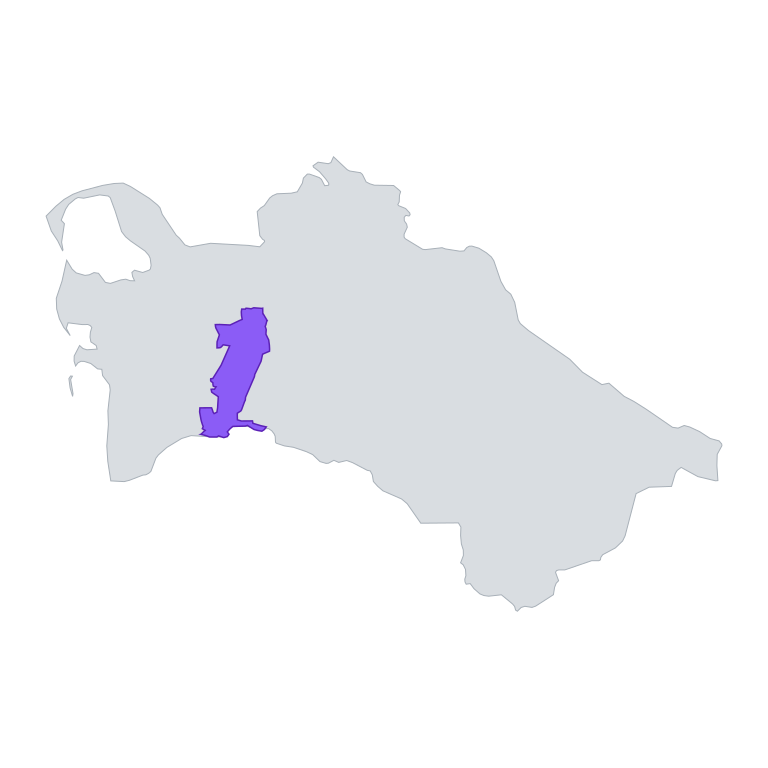 Magtymguly, Balkan, Turkmenistan shown in context
{"feature_id": "10190150B5540422332593", "entity_name": "Magtymguly", "entity_type": "district", "adm_level": 2, "iso_a3": "TKM", "parent_name": "Turkmenistan", "parent_adm1": "Balkan", "projection": "natural_earth1", "projection_center": [56.485, 39.153], "detail": "fine", "context": "in_parent", "style": "filled", "palette": "violet", "viewbox_px": 768, "rotation_deg": 0, "n_neighbors": 0, "source": "geoboundaries", "source_scale": "gbopen_adm2", "svg_char_len": 5342}
<svg xmlns="http://www.w3.org/2000/svg" viewBox="0 0 768 768"><path d="M210.6,243.3L248.3,245.4L259.8,246.8L264.6,241.7L264.4,240.4L262.6,239.3L259.8,235.7L257.2,211.6L260.5,208.1L264.3,205.6L269.7,198.0L272.6,195.7L276.9,193.8L291.2,193.2L297.3,191.8L302.4,183.1L303.4,178.1L307.3,174.1L309.5,174.1L319.3,177.6L321.4,179.3L324.7,185.7L328.4,185.3L328.9,184.2L328.5,182.8L325.7,178.9L319.5,171.7L313.5,167.2L313.0,165.8L318.1,162.2L328.3,163.7L330.9,162.6L333.5,156.8L347.2,169.7L349.7,171.0L360.5,172.7L362.4,174.4L366.1,181.9L369.8,183.8L374.4,185.2L393.6,185.5L399.6,190.5L400.6,191.7L399.5,195.2L399.2,201.9L397.8,204.6L398.7,205.7L405.6,208.5L409.7,212.9L410.1,214.7L409.0,216.0L405.8,215.4L404.2,217.3L404.3,220.8L406.6,224.1L407.3,227.2L404.1,234.2L404.1,237.1L405.2,238.7L422.6,249.3L425.4,249.6L442.1,247.7L445.3,248.9L459.9,251.2L464.0,250.9L466.8,247.5L469.4,246.2L471.9,246.1L478.9,248.2L486.4,252.8L491.3,256.9L493.8,260.7L500.9,281.4L505.6,289.8L510.8,294.2L514.7,302.3L518.2,319.9L520.3,323.6L528.4,330.5L569.8,359.3L582.5,372.2L601.9,384.6L608.9,383.2L624.2,396.4L633.8,401.4L646.3,409.3L672.5,427.3L678.1,428.1L684.2,425.5L689.7,427.0L699.6,431.6L710.2,438.5L719.1,440.9L721.7,444.0L721.9,445.7L717.2,454.4L716.9,465.6L717.9,480.6L715.5,480.8L697.9,476.6L681.1,467.4L677.2,470.4L675.3,473.5L671.5,486.4L649.1,487.2L636.1,493.6L625.1,535.8L622.6,541.0L615.4,547.9L602.7,554.7L600.8,557.4L600.4,559.9L598.8,560.7L591.7,560.7L564.8,569.9L558.8,569.9L556.5,570.6L555.5,572.3L558.6,580.7L556.2,583.2L554.6,587.3L553.4,594.7L535.7,606.1L532.0,607.4L524.8,606.3L521.1,607.5L517.4,611.2L515.6,610.1L514.6,606.4L512.6,604.0L501.4,594.8L488.6,596.2L483.8,595.5L479.9,593.9L474.0,588.7L470.2,583.6L466.2,584.2L465.0,581.9L464.8,579.1L465.9,575.7L465.5,569.4L463.2,564.8L460.6,562.8L463.4,555.5L463.3,550.0L461.4,544.0L460.6,535.5L460.9,527.1L458.4,522.9L420.8,523.2L407.2,503.7L401.6,499.0L382.9,490.8L377.7,486.3L373.4,481.5L372.3,474.8L370.2,470.9L367.2,470.3L352.5,462.6L346.7,460.5L338.7,462.4L333.9,460.3L328.4,463.2L326.1,463.4L320.0,461.6L312.7,454.6L306.5,451.7L293.5,447.3L284.4,445.9L276.3,443.2L275.5,442.2L275.2,436.3L274.1,433.8L271.8,430.8L268.6,428.6L254.8,428.8L248.5,426.6L243.5,426.2L232.5,426.7L228.9,428.3L226.9,430.2L225.6,435.9L224.4,436.8L213.7,437.0L191.1,435.6L181.6,438.5L166.9,447.4L158.4,454.9L155.9,458.2L150.9,471.4L148.7,473.3L145.8,474.8L142.9,475.1L129.4,480.3L124.2,481.6L110.8,480.9L107.8,461.4L106.8,445.9L108.4,424.5L107.9,410.8L110.2,389.9L109.5,384.8L102.6,375.6L101.8,369.3L97.6,368.9L90.8,363.5L84.2,361.4L80.9,361.3L77.9,362.9L75.6,366.0L74.1,361.1L74.2,356.0L79.6,345.5L82.9,348.5L86.9,349.8L97.1,349.1L96.2,345.5L90.9,341.9L90.0,337.1L90.4,332.2L91.8,327.5L90.3,325.6L87.9,324.5L82.4,324.6L68.1,322.8L66.3,328.3L70.2,335.6L63.7,327.3L59.4,318.9L56.7,309.0L56.3,298.3L62.0,281.2L66.7,260.2L72.1,269.1L76.2,272.9L85.0,275.4L89.3,274.8L94.0,272.6L98.5,273.3L105.4,282.4L110.4,283.4L120.9,279.9L125.8,279.2L130.1,280.7L134.6,280.8L132.6,276.5L131.9,272.4L134.5,270.2L142.7,272.5L149.2,270.1L150.4,269.0L151.1,265.4L150.2,258.3L148.7,255.2L145.0,251.0L130.5,240.9L125.6,236.8L121.6,231.6L115.1,210.9L110.2,197.6L108.2,196.0L99.7,194.9L83.7,198.2L78.0,197.5L75.3,198.9L68.7,204.4L65.6,209.2L61.2,220.2L64.4,223.7L61.6,242.2L63.0,250.0L62.5,250.6L57.7,240.8L51.3,231.0L46.1,216.1L55.8,206.3L64.1,199.4L72.9,194.3L82.1,190.8L102.7,185.4L114.1,183.5L123.2,183.1L130.3,186.4L149.4,198.4L157.6,205.1L160.0,207.8L162.2,214.3L176.2,235.2L179.5,238.2L184.9,244.9L190.1,246.9L210.6,243.3ZM73.0,393.6L72.6,396.4L70.1,387.9L68.9,378.6L70.6,376.0L72.4,376.2L70.6,379.5L73.0,393.6Z" fill="#d9dde1" stroke="#a8b0b8" stroke-width="1"/><path d="M205.0,430.4L205.1,430.5L203.8,431.5L201.1,434.2L200.8,434.3L205.8,435.6L209.6,437.0L216.9,437.0L218.6,435.9L220.7,436.6L223.8,437.6L227.3,436.6L229.0,434.2L227.3,431.9L229.7,429.1L232.8,426.4L245.3,426.1L247.4,425.4L254.0,429.5L257.8,430.5L261.9,431.2L264.4,429.5L266.3,426.9L260.9,425.7L252.9,423.3L252.5,420.9L241.4,421.0L237.4,419.8L237.4,419.7L237.3,415.4L237.3,413.3L237.3,413.2L240.8,411.0L241.6,409.7L244.7,401.2L244.9,401.0L245.3,400.1L245.4,399.1L245.5,397.5L245.6,397.1L254.2,377.2L254.6,375.9L254.7,374.6L256.6,370.6L259.5,364.5L261.0,361.4L261.4,359.8L262.5,354.5L262.7,354.4L262.7,354.1L269.5,351.2L269.6,349.1L269.4,345.2L268.7,339.9L268.5,339.6L265.9,334.2L266.2,330.0L266.2,329.5L265.2,326.3L265.8,325.0L266.7,321.4L266.7,320.2L267.6,321.3L263.1,313.7L262.9,313.7L262.9,313.3L262.8,313.1L262.7,308.2L261.9,308.4L255.3,307.9L253.9,307.8L253.7,307.8L251.1,308.8L249.0,308.5L246.0,308.2L245.4,309.1L245.2,309.1L241.7,309.1L241.3,311.9L241.5,315.6L242.2,319.4L238.9,320.8L230.1,325.0L219.7,324.5L215.3,324.6L215.5,326.6L215.9,328.1L217.1,330.4L218.6,333.4L219.4,334.8L217.1,341.7L217.0,344.4L217.0,347.9L219.2,347.8L220.6,347.5L221.8,346.4L223.0,345.0L223.2,344.8L226.8,345.4L229.7,345.8L221.1,365.2L212.8,378.5L210.7,378.8L210.6,380.1L211.0,381.4L212.8,382.6L213.0,384.9L213.4,386.3L215.9,386.9L216.0,386.9L214.9,388.6L214.5,389.3L212.7,389.1L211.1,389.3L211.7,392.1L213.4,393.4L215.7,394.9L218.3,396.7L217.6,407.8L216.9,412.2L214.1,413.6L213.1,412.2L212.4,409.9L211.6,407.8L207.2,407.8L199.9,407.9L199.6,411.9L201.0,419.7L201.5,421.7L202.5,424.8L203.2,426.6L202.3,428.7L205.1,430.3L205.0,430.4Z" fill="#8b5cf6" stroke="#5b21b6" stroke-width="1.5"/></svg>